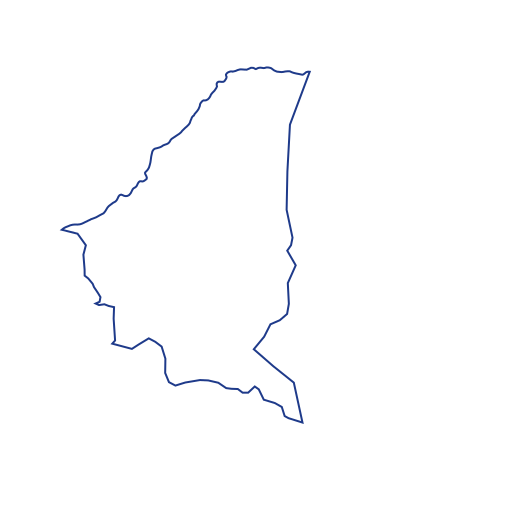 Zangba, Basse-Kotto, Central African Republic (Mercator projection), rotated 137°
{"feature_id": "33826404B2530322918847", "entity_name": "Zangba", "entity_type": "district", "adm_level": 2, "iso_a3": "CAF", "parent_name": "Central African Republic", "parent_adm1": "Basse-Kotto", "projection": "mercator", "projection_center": [20.794, 4.708], "detail": "fine", "context": "isolated", "style": "outline", "palette": "blue", "viewbox_px": 512, "rotation_deg": 137, "n_neighbors": 0, "source": "geoboundaries", "source_scale": "gbopen_adm2", "svg_char_len": 3112}
<svg xmlns="http://www.w3.org/2000/svg" viewBox="0 0 512 512"><g transform="rotate(137 256 256)"><path d="M420.9,289.9L410.1,272.7L402.2,271.3L390.6,268.9L388.2,262.0L386.8,254.1L392.3,242.7L402.2,232.4L405.7,223.1L403.3,216.2L394.0,211.7L381.6,203.5L375.8,197.6L370.0,189.0L367.9,179.7L364.5,175.6L360.0,171.1L359.0,165.2L354.9,161.4L345.9,161.4L344.9,156.6L348.3,145.6L342.5,135.6L340.1,128.0L344.2,119.4L342.8,115.2L335.6,102.5L314.7,137.6L318.5,163.5L321.2,189.3L305.1,191.4L292.0,196.2L282.4,192.8L272.8,192.4L264.6,198.6L251.2,214.5L233.3,222.1L229.5,238.6L223.0,240.0L216.8,244.5L202.1,268.9L175.3,296.5L141.6,328.9L91.1,354.1L92.2,355.3L93.9,356.2L96.8,356.4L98.1,356.7L98.8,357.4L100.4,359.7L102.1,362.0L103.6,364.3L104.5,366.0L105.3,368.0L106.7,369.4L108.8,371.0L110.6,372.1L112.0,373.2L114.9,376.5L115.6,378.0L116.2,379.5L116.8,382.9L117.5,384.2L118.7,385.8L119.8,386.8L121.6,387.7L122.5,388.5L123.3,389.5L124.2,390.6L125.3,391.5L126.4,392.1L127.7,392.5L128.6,392.8L129.0,393.5L129.3,394.5L129.8,395.6L131.4,397.1L133.8,397.9L135.7,398.6L137.4,400.3L138.7,401.7L140.3,403.3L142.6,404.5L144.8,405.3L147.4,406.8L147.6,407.3L148.3,407.9L149.0,408.5L150.4,409.1L151.7,409.5L153.0,409.5L154.2,409.2L155.0,408.1L155.3,407.1L156.2,406.4L157.5,405.9L159.9,405.4L161.1,405.7L162.3,406.7L163.7,408.3L164.7,409.1L166.0,409.3L167.3,408.8L168.1,407.9L168.9,406.6L170.6,405.9L173.8,405.2L176.5,405.1L178.7,404.8L180.8,403.9L182.5,403.5L184.4,403.4L186.2,403.9L187.3,404.6L188.1,405.5L189.3,405.9L190.9,405.8L192.6,405.5L193.6,405.0L194.7,404.1L195.9,403.5L198.0,402.6L200.4,402.1L204.1,401.7L205.1,401.3L205.9,401.1L206.6,401.3L207.6,401.2L208.5,401.0L209.9,400.3L211.8,399.5L213.5,398.5L215.5,398.0L218.4,397.9L220.3,398.0L224.6,397.9L226.4,397.6L228.7,397.7L231.7,398.2L237.9,399.2L239.6,399.0L240.7,398.6L242.0,398.3L243.4,398.3L244.9,398.7L246.9,399.6L248.5,400.2L249.3,400.3L250.5,400.5L251.8,400.9L252.9,401.4L254.9,402.4L256.6,403.4L258.2,403.7L260.4,403.2L263.1,401.4L264.8,400.2L268.1,397.5L269.5,396.4L271.5,395.1L273.9,393.7L276.2,393.0L277.8,392.8L279.4,392.8L280.5,392.5L281.1,391.5L281.6,389.6L282.3,387.9L283.3,387.0L284.4,387.0L286.3,387.2L287.4,387.5L288.4,388.1L289.1,389.1L290.1,389.9L291.2,390.0L292.7,389.7L294.7,388.9L296.0,388.5L296.5,388.5L297.7,388.6L299.4,389.0L300.7,388.9L304.7,387.4L307.2,387.1L309.0,387.6L310.3,388.5L311.4,389.9L312.0,391.4L312.8,392.9L314.3,393.5L315.9,393.3L317.8,392.5L319.9,391.8L321.7,391.7L324.4,392.4L329.6,392.9L331.6,392.7L335.9,391.5L338.4,391.2L340.1,391.7L342.3,392.3L344.4,392.8L346.4,393.3L348.0,393.9L350.2,394.8L351.5,395.4L352.5,395.6L353.7,396.0L354.9,396.4L356.1,396.7L357.5,397.2L358.9,397.6L360.2,398.0L361.6,398.5L363.2,399.3L365.2,400.8L365.6,401.2L367.3,402.8L368.9,404.0L370.9,405.1L373.1,405.9L374.1,406.3L375.6,406.9L377.1,407.3L378.3,407.5L380.1,407.6L371.3,394.0L373.1,379.9L381.3,374.7L390.6,363.0L394.7,358.5L394.0,354.0L394.4,347.1L395.7,343.7L396.8,336.8L397.8,332.0L401.6,329.2L405.7,330.6L404.3,327.2L399.8,324.1L397.8,319.9L394.7,315.4L402.9,307.2L416.7,290.3L420.9,289.9Z" fill="none" stroke="#1e3a8a" stroke-width="2"/></g></svg>